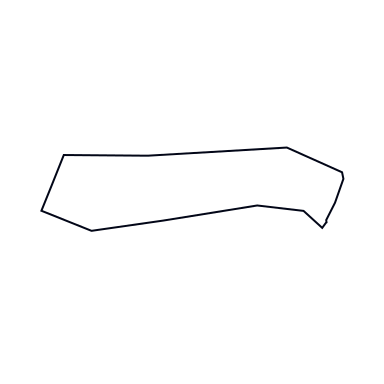 outline of Plat Pays, Soufrière, Saint Lucia, rotated 61°
{"feature_id": "8701671B5455309404848", "entity_name": "Plat Pays", "entity_type": "district", "adm_level": 2, "iso_a3": "LCA", "parent_name": "Saint Lucia", "parent_adm1": "Soufrière", "projection": "equal_earth", "projection_center": [-61.054, 13.841], "detail": "fine", "context": "isolated", "style": "outline", "palette": "ink", "viewbox_px": 384, "rotation_deg": 61, "n_neighbors": 0, "source": "geoboundaries", "source_scale": "gbopen_adm2", "svg_char_len": 383}
<svg xmlns="http://www.w3.org/2000/svg" viewBox="0 0 384 384"><g transform="rotate(61 192 192)"><path d="M283.8,89.1L281.6,88.2L270.7,72.1L253.9,53.2L247.5,51.2L199.1,87.5L138.8,213.1L97.5,286.2L118.5,311.9L135.4,332.8L177.0,298.9L177.3,298.6L179.6,292.5L202.9,231.4L235.4,141.5L262.6,103.6L286.5,95.5L283.8,89.7L283.8,89.1Z" fill="none" stroke="#020617" stroke-width="2"/></g></svg>